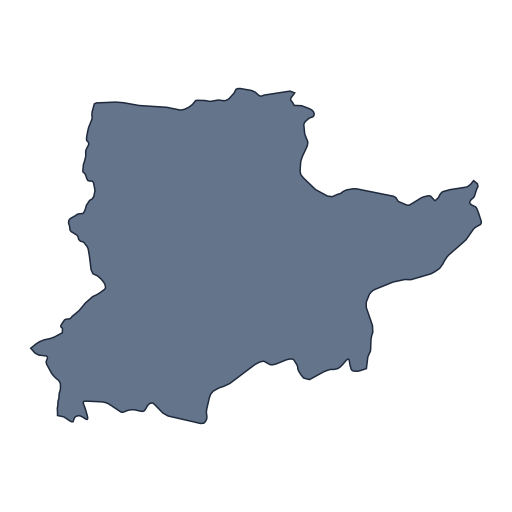 Daykundi, Robinson projection
{"feature_id": "AFG-1753", "entity_name": "Daykundi", "entity_type": "Province", "adm_level": 1, "iso_a3": "AFG", "parent_name": "Afghanistan", "parent_adm1": "", "projection": "robinson", "projection_center": [66.112, 33.734], "detail": "fine", "context": "isolated", "style": "filled", "palette": "slate", "viewbox_px": 512, "rotation_deg": 0, "n_neighbors": 0, "source": "natural_earth", "source_scale": "10m", "svg_char_len": 4985}
<svg xmlns="http://www.w3.org/2000/svg" viewBox="0 0 512 512"><path d="M473.6,180.6L477.4,183.7L477.8,185.3L477.9,186.7L476.6,189.3L474.5,196.0L474.0,197.0L473.3,197.8L471.1,199.7L469.8,201.6L469.7,202.8L470.2,203.9L472.5,205.4L475.5,206.8L475.9,207.1L476.9,208.8L478.4,212.5L481.3,221.5L481.2,223.2L480.5,224.5L476.1,226.9L474.6,228.0L473.2,229.5L466.1,239.7L461.7,243.7L448.6,255.1L446.7,257.4L444.4,260.9L442.8,264.0L439.6,268.4L435.2,271.5L431.0,273.8L411.2,279.6L410.0,279.7L404.9,279.5L393.2,282.0L374.7,289.5L372.4,290.9L371.5,291.7L369.4,294.2L366.5,301.5L366.2,302.9L366.3,307.6L372.5,325.6L372.8,332.4L372.0,334.5L371.5,336.6L371.0,339.4L370.6,349.8L370.4,351.2L370.0,352.2L369.4,353.2L367.8,357.1L366.4,368.6L359.4,370.9L356.8,371.3L353.4,371.0L352.0,370.3L351.2,369.3L350.0,365.1L349.2,360.2L348.6,359.2L347.8,359.2L346.5,360.0L342.3,364.9L339.9,367.2L337.7,368.6L334.2,369.4L329.9,369.5L324.3,371.5L309.5,379.6L303.7,378.1L301.1,375.0L299.0,371.7L298.1,369.8L297.8,368.6L297.7,367.2L297.3,365.8L296.7,364.5L294.0,360.1L293.3,359.5L292.4,359.1L291.1,359.0L289.3,359.1L286.4,359.8L276.5,363.8L273.3,364.7L270.8,364.8L269.0,364.1L264.4,361.5L263.5,361.2L261.8,361.5L259.1,362.3L255.0,364.5L229.8,383.5L223.6,386.4L219.5,387.7L213.7,390.8L212.3,392.2L210.7,394.1L209.3,397.9L206.7,409.3L206.4,411.8L206.5,413.7L206.8,415.5L206.9,417.3L206.7,419.0L205.8,420.9L204.8,422.3L203.8,423.2L200.5,423.5L194.3,422.0L168.1,416.0L162.8,413.0L154.9,404.8L152.9,403.1L151.6,403.0L149.7,403.5L147.7,405.4L145.2,409.7L144.4,410.7L143.1,411.3L141.6,411.4L134.6,409.8L132.7,409.7L130.4,409.9L128.2,410.2L123.8,412.0L122.4,412.3L120.9,412.0L108.7,403.9L106.7,403.0L104.7,402.4L102.5,401.9L85.5,401.1L83.7,401.5L83.2,402.6L83.5,403.9L85.4,409.0L87.5,416.4L87.7,418.5L87.2,419.4L86.1,419.3L83.2,417.4L81.0,416.2L78.6,415.6L75.9,416.4L74.7,417.5L73.9,419.1L73.5,420.6L73.0,421.8L71.8,421.8L70.0,421.0L63.9,416.9L57.5,415.5L57.5,411.9L57.4,410.5L57.3,408.6L57.5,407.1L57.9,404.9L57.9,402.5L58.0,401.4L58.8,398.5L59.0,396.8L59.1,394.1L59.3,393.0L59.8,391.6L60.2,390.0L60.5,388.0L60.4,383.7L59.6,381.9L58.4,380.2L55.7,378.0L53.6,375.9L51.5,373.2L46.8,364.5L46.1,362.2L46.3,361.1L46.8,359.9L47.3,358.6L47.5,357.4L47.0,356.4L45.9,355.9L38.9,355.1L35.0,353.1L30.7,348.2L36.4,343.7L39.7,341.6L44.3,339.8L50.0,338.6L54.0,337.2L62.3,332.8L62.5,329.2L62.4,328.7L62.2,328.0L61.2,327.2L60.8,326.7L60.8,325.9L61.3,324.7L64.3,320.2L64.8,319.8L65.4,319.4L66.1,319.2L68.9,318.9L69.6,318.8L70.2,318.5L70.8,318.0L71.3,317.5L71.8,316.8L72.4,316.2L79.2,310.5L85.4,303.0L92.4,296.8L93.5,296.2L96.4,294.9L99.6,293.0L104.9,289.1L105.4,288.0L105.5,286.8L104.8,284.1L103.4,281.8L100.7,278.7L97.4,275.8L93.0,273.8L91.1,269.8L89.4,256.0L88.1,248.6L86.8,246.1L85.5,244.6L84.6,243.2L84.2,242.7L83.5,242.2L82.2,241.6L80.9,241.3L80.4,241.1L79.9,240.7L79.1,239.9L78.7,239.4L78.5,238.7L78.3,237.8L78.0,236.8L77.5,235.9L76.8,235.1L71.3,231.7L70.7,231.1L70.2,230.4L70.0,229.7L69.6,226.3L69.3,225.4L68.9,224.3L68.7,223.7L68.6,223.0L68.6,222.1L68.8,220.6L69.5,219.4L70.5,218.4L75.5,215.6L76.6,214.8L77.1,214.4L77.8,214.1L78.7,213.9L82.5,213.5L83.2,213.3L84.0,212.1L85.1,209.9L86.4,205.3L89.6,200.4L92.1,199.0L93.8,196.4L95.0,190.5L93.6,183.0L93.1,182.1L92.3,181.2L89.6,181.0L88.7,180.8L88.1,180.6L87.5,180.0L87.0,179.2L85.9,175.8L85.4,174.7L84.9,173.8L84.4,173.1L83.9,172.7L83.0,172.0L82.8,171.0L83.4,164.6L84.6,160.9L85.8,156.0L85.7,153.3L85.7,151.3L86.1,149.6L88.6,144.7L88.7,143.5L88.3,142.2L87.7,141.5L87.1,141.0L86.7,140.5L86.5,139.0L86.7,136.6L87.8,130.8L88.7,127.2L91.7,119.8L92.2,117.8L91.9,115.6L92.1,111.9L94.3,103.9L96.4,102.9L115.7,102.1L123.5,102.7L139.1,105.5L166.8,107.3L180.0,110.0L182.2,109.9L184.7,109.2L188.5,107.4L190.7,105.9L192.5,104.4L195.3,101.0L195.7,100.5L197.2,100.3L205.0,100.5L209.1,101.3L210.5,101.4L218.2,100.0L223.7,100.7L225.8,100.5L228.0,99.4L229.5,98.2L233.8,93.4L234.5,92.3L235.9,89.4L237.6,88.6L240.2,88.5L251.2,90.4L253.5,91.3L255.2,92.2L256.0,92.8L258.7,95.3L259.8,95.9L261.0,96.1L262.1,95.9L264.0,95.1L290.0,91.1L294.7,92.9L290.9,98.0L290.7,98.9L290.7,100.1L292.7,102.7L294.2,105.4L301.6,105.7L308.2,108.2L310.8,109.4L312.4,110.5L313.6,112.0L314.1,113.4L314.1,114.9L313.7,115.9L313.1,116.6L312.2,117.1L310.0,117.8L308.9,118.4L306.1,120.8L304.8,122.2L304.1,123.5L303.8,124.8L304.7,133.9L307.8,141.9L307.7,143.5L307.2,146.1L302.2,156.9L300.8,161.2L300.2,168.6L300.2,172.1L300.8,174.5L301.6,175.7L303.7,178.2L315.7,189.7L327.6,196.1L332.2,196.7L337.6,194.3L340.1,193.7L341.1,193.1L342.0,192.3L343.9,191.1L346.6,189.9L352.9,188.8L356.4,188.8L393.3,196.2L394.9,197.0L396.0,197.8L396.6,198.8L397.2,199.9L397.7,200.6L398.0,201.1L399.1,201.8L406.9,205.1L408.5,205.2L409.8,204.9L421.5,197.7L423.6,196.9L427.0,196.0L428.9,195.8L430.1,195.9L430.5,196.1L431.4,196.9L434.6,200.5L435.2,200.6L435.7,200.3L436.2,199.6L437.7,198.4L438.4,197.6L440.0,194.5L440.7,193.5L441.6,192.6L442.7,191.7L449.7,189.7L466.9,187.0L468.8,185.8L470.6,184.3L473.6,180.6Z" fill="#64748b" stroke="#1e293b" stroke-width="1.5"/></svg>